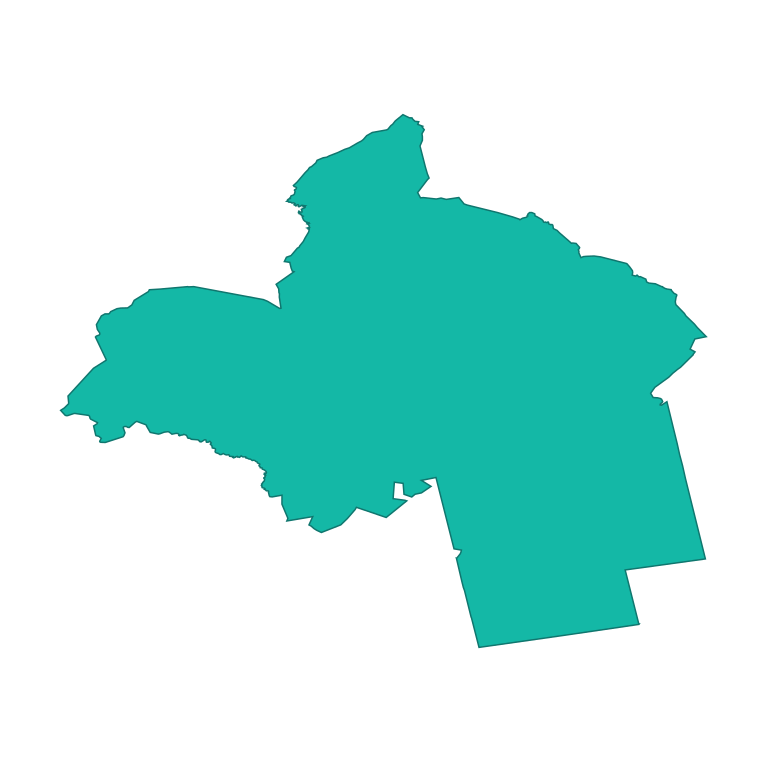 Cīravas pag., Aizputes, Latvia (Equal Earth projection), rotated 177°
{"feature_id": "27541924B26193226083198", "entity_name": "Cīravas pag.", "entity_type": "district", "adm_level": 2, "iso_a3": "LVA", "parent_name": "Latvia", "parent_adm1": "Aizputes", "projection": "equal_earth", "projection_center": [21.425, 56.745], "detail": "fine", "context": "isolated", "style": "filled", "palette": "teal", "viewbox_px": 768, "rotation_deg": 177, "n_neighbors": 0, "source": "geoboundaries", "source_scale": "gbopen_adm2", "svg_char_len": 6128}
<svg xmlns="http://www.w3.org/2000/svg" viewBox="0 0 768 768"><g transform="rotate(177 384 384)"><path d="M71.2,412.7L59.7,414.4L68.2,424.0L70.8,427.5L79.0,436.3L80.3,438.7L88.4,448.0L88.8,450.8L87.8,455.4L87.0,457.1L87.1,457.9L89.8,459.5L92.2,462.6L92.3,463.2L96.4,464.0L99.0,465.0L99.4,465.5L100.3,465.9L100.7,466.6L101.4,466.6L107.8,469.9L114.2,470.9L116.4,472.2L117.0,475.0L122.4,477.8L123.8,477.7L125.6,479.5L127.0,478.6L130.4,479.7L129.8,482.5L130.0,484.2L132.4,487.9L135.0,491.3L135.7,491.7L161.0,499.6L167.5,500.8L175.3,500.9L178.1,500.8L180.7,499.9L182.6,504.8L182.4,506.0L182.9,508.1L181.9,509.0L181.5,510.1L184.8,514.3L188.2,514.9L189.4,514.7L200.9,525.8L203.1,528.3L206.7,530.3L207.1,533.7L207.9,534.5L209.4,534.4L210.0,534.9L210.8,535.0L211.3,535.9L211.2,536.6L211.6,536.8L211.7,537.2L213.3,536.7L214.3,537.3L215.6,537.1L216.2,537.4L216.7,538.8L217.9,540.1L222.9,543.3L224.3,543.9L224.6,546.1L227.5,547.5L229.6,547.6L231.2,546.4L231.8,545.1L231.7,544.5L232.2,544.6L232.5,543.4L233.0,543.1L237.0,542.3L239.7,540.9L240.2,541.5L246.7,544.1L261.4,549.2L291.4,558.3L294.6,559.6L299.5,566.3L312.2,565.1L317.3,566.7L322.1,566.0L335.0,568.1L337.8,568.0L340.4,573.4L329.9,585.8L328.2,587.3L329.7,591.6L331.3,598.4L335.6,619.8L332.9,625.3L332.7,629.1L333.0,631.9L330.5,635.8L332.6,639.0L331.9,639.4L336.7,641.5L335.6,644.1L339.3,644.7L341.4,646.9L342.1,648.3L344.8,648.5L351.0,652.0L359.0,646.1L361.8,642.9L363.6,641.7L366.8,638.2L368.2,637.6L382.5,635.8L388.3,632.9L391.8,629.3L393.7,627.9L398.1,625.9L406.2,621.7L410.9,620.4L418.4,617.4L426.7,614.7L429.3,613.5L432.9,613.1L439.1,610.9L440.5,608.4L445.0,604.9L446.8,604.2L447.8,603.2L448.4,602.2L451.6,599.3L460.4,590.0L464.1,587.0L463.4,585.9L461.8,585.3L461.1,584.6L461.6,583.3L463.2,582.5L463.3,582.2L462.7,581.0L463.6,578.2L464.5,577.5L467.0,576.7L467.6,575.4L468.3,574.7L467.9,574.1L469.7,573.7L470.5,573.0L470.2,572.7L471.5,571.6L470.5,571.5L469.8,570.7L467.4,570.3L466.4,569.5L465.2,569.7L463.7,569.1L463.3,568.6L464.4,567.7L463.4,567.1L462.9,566.5L462.2,566.6L461.3,567.6L460.4,567.6L460.0,566.8L460.3,565.9L459.9,565.5L459.2,565.5L456.8,566.8L453.4,566.1L454.9,565.4L452.8,565.2L453.4,565.0L453.7,564.3L457.4,562.8L456.8,561.0L457.0,560.0L458.7,560.1L459.9,561.1L460.5,560.0L460.4,559.3L459.8,559.0L459.8,558.6L458.9,558.5L458.6,557.7L458.0,557.9L457.4,556.7L456.0,555.8L456.9,555.2L455.8,552.1L454.3,550.5L453.4,550.1L452.8,549.2L452.1,549.5L451.3,548.9L450.4,549.1L450.3,548.8L450.6,548.7L451.8,548.1L451.2,548.0L452.0,547.7L451.0,547.2L451.1,546.9L450.3,545.8L450.5,545.0L450.1,544.4L452.4,543.8L451.3,543.3L451.7,543.1L451.7,542.8L450.5,542.5L451.3,539.7L455.2,533.9L457.1,530.6L460.9,526.4L461.5,525.2L463.5,524.1L470.1,517.1L474.8,515.7L477.1,511.5L471.7,510.4L470.7,504.8L469.7,501.6L468.0,500.8L486.5,489.2L484.2,484.6L484.1,480.5L483.7,479.8L484.0,476.2L482.9,465.1L484.0,464.9L485.2,465.5L496.0,472.7L500.0,474.6L568.9,491.2L574.1,491.2L574.8,491.5L602.7,490.5L613.4,490.4L614.4,488.6L629.1,480.6L631.7,476.1L636.1,473.4L642.9,473.6L646.7,473.2L653.1,470.6L654.4,469.0L655.2,468.4L659.0,468.6L662.7,466.8L668.1,458.3L667.4,453.5L665.2,449.8L665.2,448.7L665.7,447.9L668.8,446.9L669.7,446.0L660.2,423.0L660.2,422.3L673.3,414.9L700.2,388.5L699.9,381.6L700.1,380.7L704.5,376.8L708.3,374.6L704.0,369.4L702.8,369.0L701.5,369.0L695.4,370.7L694.3,370.8L680.6,368.1L679.8,367.3L679.3,365.1L678.8,364.3L672.1,360.4L672.5,359.4L676.2,357.3L674.6,348.2L674.3,347.5L671.4,346.6L669.2,344.5L670.9,341.7L670.8,341.1L669.9,340.6L665.4,340.2L647.4,345.0L646.4,346.1L645.2,348.8L646.7,354.0L646.5,354.6L645.5,355.1L643.7,355.1L642.0,354.1L640.7,353.9L634.3,359.0L632.8,359.6L624.0,355.8L623.3,355.0L623.4,354.6L620.0,347.9L612.0,345.8L610.5,346.0L606.0,347.4L602.1,347.7L601.0,347.2L598.4,345.0L594.2,345.6L592.3,345.3L591.3,344.2L591.6,343.4L590.9,343.0L589.5,343.5L587.4,343.7L586.6,344.2L584.3,343.3L583.5,342.3L582.9,340.5L582.3,340.1L580.4,339.8L579.7,339.1L579.0,338.8L572.8,338.0L571.3,336.9L571.0,336.6L571.2,336.3L570.7,335.9L569.5,335.8L566.0,337.7L565.2,337.6L564.7,337.3L564.5,335.4L564.1,335.1L562.0,335.2L561.5,335.9L560.8,335.8L559.6,334.2L560.6,333.0L559.1,331.3L558.8,329.1L556.4,328.5L555.7,327.9L555.8,326.6L556.2,325.7L556.0,324.7L555.2,324.1L552.9,323.2L551.5,322.1L550.1,322.1L548.2,323.0L546.2,321.8L544.9,321.4L542.8,321.5L542.4,321.1L542.0,319.9L538.4,319.4L538.6,319.1L539.1,319.1L539.1,318.8L538.0,318.1L535.9,318.8L535.8,319.1L534.3,319.4L533.8,318.6L532.9,318.7L532.1,318.3L530.4,319.7L528.8,318.6L526.1,318.5L525.7,318.2L525.9,317.5L525.7,317.3L524.5,317.1L522.9,316.2L521.2,315.9L519.6,314.5L518.2,314.7L516.9,314.3L516.2,313.5L514.7,312.7L514.5,311.8L512.3,310.6L512.3,310.1L513.1,309.1L513.0,308.7L512.1,308.0L512.0,306.9L510.2,306.6L510.0,305.4L507.9,304.4L506.2,302.7L506.3,302.1L506.0,301.6L506.2,301.3L507.9,301.2L507.8,300.9L508.5,300.3L508.2,300.0L507.2,300.1L507.6,299.6L507.0,299.0L507.8,298.4L507.5,297.5L507.7,297.2L508.9,296.6L508.9,296.0L508.1,295.3L508.7,293.3L509.6,292.8L509.8,292.2L510.5,291.7L510.7,291.0L511.5,290.5L511.3,289.6L511.8,289.0L511.1,288.3L511.3,287.6L511.1,286.9L508.7,286.1L508.4,285.7L509.0,285.1L508.0,284.6L507.1,283.5L505.4,283.4L504.9,283.1L504.8,282.7L505.1,282.1L504.4,278.4L503.9,277.5L501.6,277.1L491.7,278.3L492.2,269.3L487.0,254.9L488.2,252.3L462.1,255.3L466.3,247.2L464.3,246.0L461.4,243.2L458.8,241.4L454.3,239.0L434.5,245.6L427.7,251.5L419.5,260.0L418.0,262.3L388.8,250.6L367.4,266.1L369.2,266.8L380.9,269.0L378.8,285.4L370.1,283.8L369.8,272.8L362.2,269.7L358.7,272.3L352.3,273.3L342.4,279.3L351.7,285.8L337.0,287.9L322.7,215.7L315.4,214.1L316.0,211.9L316.8,210.4L320.6,206.1L320.8,206.2L316.5,182.3L315.4,176.7L314.4,173.5L309.2,146.6L308.9,146.0L302.9,116.0L217.2,123.6L142.0,130.6L141.7,131.0L142.1,131.0L152.9,185.7L72.2,192.5L87.9,273.7L90.1,286.7L92.5,298.1L94.3,308.9L102.4,351.5L107.5,348.6L108.1,348.3L109.3,348.6L109.2,349.4L106.9,351.3L106.6,351.9L107.6,354.2L108.6,355.0L111.5,355.9L115.9,356.4L118.2,360.8L113.7,366.5L99.1,376.0L95.2,379.5L90.3,383.1L87.0,385.2L73.7,397.0L73.7,397.5L71.7,399.8L76.5,402.8L71.2,412.7Z" fill="#14b8a6" stroke="#0f766e" stroke-width="1.5"/></g></svg>